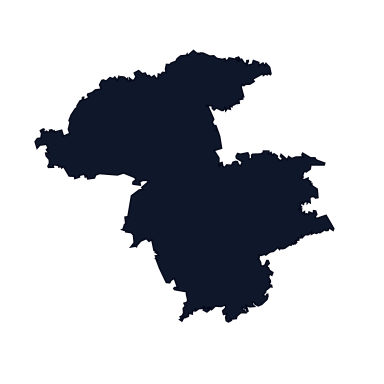 Soledad de Doblado, Veracruz, Mexico, rotated 163°
{"feature_id": "50627088B9477329295961", "entity_name": "Soledad de Doblado", "entity_type": "district", "adm_level": 2, "iso_a3": "MEX", "parent_name": "Mexico", "parent_adm1": "Veracruz", "projection": "mercator", "projection_center": [-96.46, 19.061], "detail": "fine", "context": "isolated", "style": "filled", "palette": "ink", "viewbox_px": 384, "rotation_deg": 163, "n_neighbors": 0, "source": "geoboundaries", "source_scale": "gbopen_adm2", "svg_char_len": 5968}
<svg xmlns="http://www.w3.org/2000/svg" viewBox="0 0 384 384"><g transform="rotate(163 192 192)"><path d="M101.1,301.6L101.9,299.4L104.2,299.4L105.7,304.5L109.7,303.4L109.9,304.6L107.4,305.7L108.0,307.4L110.9,307.3L111.1,306.0L117.3,309.4L118.9,307.9L121.4,307.7L121.5,309.9L124.3,310.0L129.3,312.6L131.3,315.9L135.3,316.8L140.8,321.6L143.3,322.5L145.8,321.9L145.4,322.8L146.9,323.3L149.2,326.9L156.2,323.7L156.3,325.4L157.4,324.3L163.0,325.5L167.1,323.9L169.2,321.7L174.3,321.4L176.0,320.3L179.1,321.5L181.4,317.4L181.8,313.8L185.3,315.0L187.5,313.2L189.7,314.7L191.4,310.7L193.1,311.2L194.2,314.4L197.6,313.3L198.8,316.0L201.3,316.3L201.9,319.4L205.1,319.7L207.5,323.7L212.4,322.7L211.9,318.5L215.0,315.8L216.8,316.5L218.3,318.9L218.9,316.0L220.6,317.1L220.3,319.5L221.6,318.9L223.1,321.6L226.4,323.1L227.9,322.6L228.1,323.8L230.8,320.6L232.2,324.5L234.4,323.4L237.0,325.4L241.8,323.1L243.8,325.0L245.6,325.1L249.0,321.6L248.7,316.9L254.5,317.9L258.7,316.2L263.0,316.2L263.7,315.1L262.8,312.6L267.7,311.4L268.5,312.8L267.9,314.3L269.0,314.4L270.1,312.0L272.4,311.9L276.8,308.0L277.3,306.1L279.1,305.9L285.0,301.0L288.7,296.3L288.2,294.3L291.9,288.2L291.7,283.7L298.6,283.0L298.6,289.2L305.9,289.5L305.9,290.9L307.3,290.6L307.9,292.5L310.1,292.7L309.9,291.3L312.3,291.3L313.5,292.8L315.2,291.9L316.2,293.8L315.0,295.1L315.9,295.8L319.1,295.0L318.7,291.9L320.8,287.7L324.2,288.4L327.3,286.0L327.4,279.1L323.8,281.3L317.3,280.2L316.7,276.1L318.9,275.0L317.4,271.1L320.6,272.0L320.9,269.1L319.0,264.8L319.9,261.2L322.3,258.7L322.0,257.5L317.2,256.2L317.2,258.2L315.3,258.1L311.7,256.3L312.1,254.9L309.2,254.2L309.5,253.2L307.4,253.8L304.8,243.2L299.8,241.4L300.1,239.1L295.2,239.2L295.2,240.9L289.6,240.5L289.7,237.5L287.9,237.9L287.9,235.0L281.2,233.9L279.2,236.4L275.1,236.7L258.3,230.1L251.8,230.2L242.4,222.5L242.1,220.0L245.3,219.0L246.3,217.1L245.6,216.5L239.4,213.7L239.0,217.0L235.7,217.5L231.7,216.3L230.5,214.6L238.7,211.0L238.1,208.6L241.8,209.4L251.0,206.1L260.5,187.1L263.4,187.6L264.7,180.8L266.0,180.7L268.7,176.7L269.9,176.5L266.7,174.2L267.0,173.3L261.9,170.8L260.6,168.0L262.1,160.4L266.6,157.3L261.6,156.7L260.9,155.3L260.9,156.7L255.4,160.0L249.3,160.8L247.6,157.4L244.4,158.1L245.4,147.4L244.5,147.3L244.8,144.9L243.4,144.4L244.4,143.8L243.1,144.0L242.3,141.4L245.7,141.6L245.3,139.8L246.4,139.2L245.1,137.4L245.9,137.5L245.3,128.4L243.0,113.0L239.9,111.7L237.9,113.7L234.2,114.6L233.8,104.9L236.4,105.7L237.6,105.2L237.3,103.8L226.0,98.0L227.2,96.2L227.7,89.7L229.3,87.9L232.2,88.0L231.7,84.9L234.4,83.3L235.3,78.8L237.5,76.6L239.8,76.1L238.9,74.2L241.1,73.6L239.4,71.5L236.1,74.9L235.6,73.8L231.9,74.2L230.5,77.1L227.4,75.2L226.3,78.1L223.3,77.4L222.7,80.0L222.9,77.3L219.6,78.4L215.5,77.5L213.9,79.1L213.3,77.4L215.7,75.8L212.8,72.9L208.2,74.7L211.4,75.9L211.3,77.0L207.7,76.0L207.5,73.8L203.0,76.1L197.8,74.0L193.2,74.2L193.4,71.5L197.5,69.3L197.6,65.7L194.4,65.5L196.5,62.2L196.9,58.9L195.2,57.1L191.9,57.7L192.2,59.1L186.6,58.0L185.4,60.2L180.6,62.3L175.9,60.8L176.5,63.8L177.8,63.9L178.1,66.2L177.5,66.9L174.2,64.3L174.4,61.3L173.3,61.6L173.4,67.8L170.6,65.4L165.7,64.3L167.1,66.6L166.6,68.8L165.3,69.0L164.4,66.2L161.9,63.7L158.0,64.2L151.6,67.4L149.8,70.3L149.5,72.1L150.4,72.1L150.4,70.8L153.4,71.1L153.6,73.1L150.7,74.9L150.7,76.1L144.7,78.5L144.0,78.5L143.6,77.9L143.4,77.8L143.2,79.5L144.6,80.4L144.4,83.1L143.4,82.9L143.0,84.4L143.7,87.9L142.5,90.2L141.2,90.4L140.0,89.0L138.2,91.3L140.9,94.5L141.0,97.2L142.3,97.9L141.5,99.7L139.0,101.1L139.2,104.1L140.5,104.6L143.6,100.8L146.2,100.3L147.5,101.8L147.0,104.5L147.6,108.2L148.4,108.4L146.7,110.0L146.6,112.2L144.4,111.1L140.8,111.3L139.9,110.1L135.1,111.8L131.4,111.4L126.0,113.9L125.1,111.4L123.1,112.8L122.6,111.4L119.8,111.1L114.1,113.0L112.8,112.1L111.1,113.5L110.3,112.4L108.3,113.6L108.4,112.3L106.7,113.1L106.9,115.0L103.8,114.9L103.8,116.9L101.2,116.3L100.1,118.2L99.8,116.1L96.5,118.1L93.0,117.1L89.2,119.3L90.2,116.7L86.7,117.3L85.2,116.0L82.8,116.5L81.5,115.6L75.8,117.2L75.2,115.9L73.1,115.5L72.2,117.0L70.6,116.8L68.3,114.0L67.1,115.5L70.6,130.5L80.4,130.2L81.8,132.0L79.2,134.1L79.3,137.7L81.2,138.6L82.4,135.8L85.9,138.7L87.3,136.3L88.9,137.8L90.9,137.6L90.2,140.3L92.2,139.7L93.3,140.7L92.1,143.8L93.9,143.4L94.7,144.5L91.6,145.8L92.6,148.0L89.4,149.9L89.3,147.0L88.2,149.2L86.0,149.7L84.7,149.4L85.1,147.6L83.6,148.8L82.1,147.1L81.2,151.7L79.1,152.7L76.3,151.7L75.7,150.1L73.2,149.8L71.4,158.2L75.4,163.0L75.0,164.7L76.5,164.3L75.4,167.0L77.6,169.7L76.9,171.4L81.1,170.9L83.8,173.0L81.3,173.8L81.7,174.7L79.5,178.2L78.2,178.9L77.0,177.8L72.3,179.3L70.4,183.1L57.7,179.2L56.6,180.8L63.8,186.3L64.5,188.8L68.5,189.9L74.8,196.8L76.0,195.5L75.5,193.1L82.6,195.1L86.8,194.8L89.2,197.7L91.5,195.0L95.8,201.9L97.0,200.2L95.2,196.8L98.6,196.2L100.8,200.0L99.8,201.4L102.4,204.6L104.6,203.5L104.8,206.7L107.6,205.9L106.5,208.6L111.7,210.3L112.6,208.7L115.3,208.3L123.1,210.4L124.1,209.9L125.0,206.7L127.0,206.4L127.9,207.3L126.8,210.4L127.2,213.2L134.8,214.0L137.1,215.5L139.4,213.3L139.6,211.3L135.0,206.2L137.8,202.7L139.4,204.4L139.8,207.8L141.4,208.5L144.0,208.5L146.4,205.9L150.9,207.8L154.0,205.7L155.0,207.9L154.6,211.5L156.9,211.4L158.0,210.3L156.8,209.1L158.8,209.1L156.3,216.7L158.7,225.2L150.9,225.2L149.3,237.0L149.4,242.3L150.9,243.9L149.5,243.9L149.8,248.5L151.5,249.1L152.3,252.7L149.9,255.3L150.9,263.6L151.6,268.8L153.7,270.9L147.4,268.5L148.1,266.1L147.0,263.9L144.1,265.3L139.6,261.2L138.3,260.9L135.9,263.2L136.0,259.8L133.9,261.6L131.2,259.9L130.9,262.9L128.8,261.8L128.4,263.1L125.6,263.1L123.2,264.7L123.3,263.4L120.8,263.1L120.4,266.5L116.2,266.1L116.1,268.0L114.7,267.9L114.3,278.2L112.4,279.9L111.3,278.5L109.3,279.3L105.2,278.2L100.2,279.5L101.0,281.8L100.2,282.3L90.7,284.3L89.6,284.3L89.7,282.6L87.0,283.4L85.9,282.1L83.6,282.9L82.9,281.3L81.9,281.9L81.3,288.6L83.7,293.4L85.7,291.4L86.4,294.6L91.0,293.4L90.3,296.4L94.9,299.8L96.9,296.6L102.8,297.1L99.9,300.5L99.7,301.3L101.1,301.6Z" fill="#0f172a" stroke="#020617" stroke-width="1.5"/></g></svg>